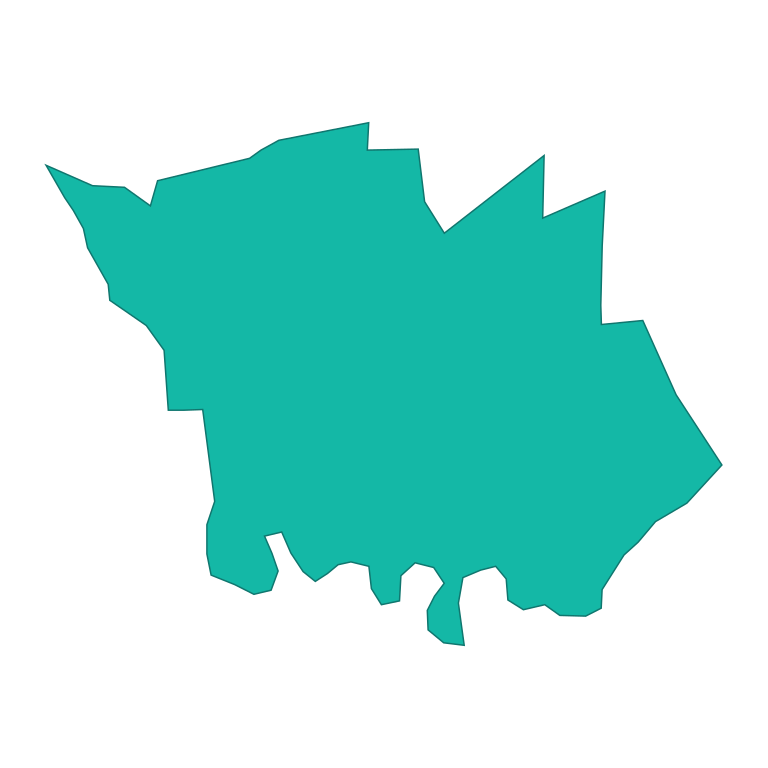 Nova Boa Vista, Rio Grande do Sul, Brazil
{"feature_id": "56859067B80899080982084", "entity_name": "Nova Boa Vista", "entity_type": "district", "adm_level": 2, "iso_a3": "BRA", "parent_name": "Brazil", "parent_adm1": "Rio Grande do Sul", "projection": "orthographic", "projection_center": [-52.985, -27.999], "detail": "fine", "context": "isolated", "style": "filled", "palette": "teal", "viewbox_px": 768, "rotation_deg": 0, "n_neighbors": 0, "source": "geoboundaries", "source_scale": "gbopen_adm2", "svg_char_len": 1098}
<svg xmlns="http://www.w3.org/2000/svg" viewBox="0 0 768 768"><path d="M559.8,615.4L585.7,616.1L601.2,608.2L602.1,589.6L624.0,555.0L638.2,542.1L655.5,521.6L686.9,503.1L721.9,465.0L676.1,394.8L642.8,320.5L601.4,324.5L600.8,305.3L602.2,246.1L605.0,191.1L542.7,218.1L544.1,155.5L444.3,233.2L424.6,201.7L418.2,149.1L367.3,150.1L368.7,122.7L278.8,140.3L261.0,150.1L249.6,158.3L157.6,180.7L150.4,205.9L124.5,187.3L92.5,185.7L46.1,165.3L64.7,197.7L73.4,210.6L83.4,228.5L87.6,247.8L108.2,284.3L109.8,300.3L146.3,325.5L164.1,350.3L168.3,410.2L183.3,410.2L202.7,409.5L214.7,501.4L206.9,524.7L206.9,554.0L211.1,575.1L234.7,584.6L253.9,594.3L271.1,590.2L278.1,571.0L272.0,553.4L264.5,536.1L281.7,532.0L290.9,553.1L303.1,571.6L315.3,581.4L327.5,573.5L338.1,564.7L350.9,561.9L368.9,566.3L371.4,588.6L381.4,604.7L399.5,600.9L400.9,575.7L415.1,562.8L433.7,567.5L444.2,583.3L434.5,596.2L427.3,610.4L428.1,629.9L443.7,642.8L464.2,645.3L461.5,625.8L458.4,603.1L462.9,577.6L480.7,570.1L495.7,566.3L506.2,578.9L507.9,600.0L523.4,609.7L544.8,604.7L559.8,615.4Z" fill="#14b8a6" stroke="#0f766e" stroke-width="1.5"/></svg>